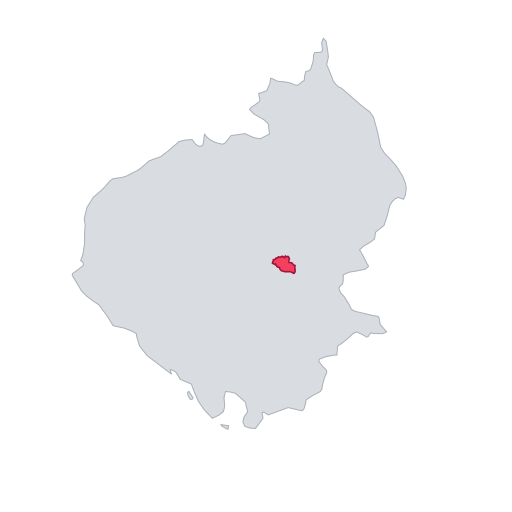 location of Chamkar Leu, Kâmpóng Cham, Cambodia, rotated 331°
{"feature_id": "14789045B22200339041976", "entity_name": "Chamkar Leu", "entity_type": "district", "adm_level": 2, "iso_a3": "KHM", "parent_name": "Cambodia", "parent_adm1": "Kâmpóng Cham", "projection": "robinson", "projection_center": [105.255, 12.251], "detail": "fine", "context": "in_parent", "style": "filled", "palette": "rose", "viewbox_px": 512, "rotation_deg": 331, "n_neighbors": 0, "source": "geoboundaries", "source_scale": "gbopen_adm2", "svg_char_len": 5900}
<svg xmlns="http://www.w3.org/2000/svg" viewBox="0 0 512 512"><g transform="rotate(331 256 256)"><path d="M420.4,98.2L421.4,102.3L418.7,109.9L415.9,116.9L410.5,123.0L410.2,127.4L408.4,140.7L409.1,145.0L410.4,148.6L412.1,150.6L416.8,163.6L421.1,175.5L425.4,185.2L426.1,191.4L422.3,207.0L417.8,221.3L418.2,228.4L420.2,235.6L422.3,245.1L423.0,257.3L421.9,265.3L419.9,270.2L416.0,275.3L412.6,277.9L408.6,273.6L405.3,273.4L401.0,274.7L397.5,276.7L390.6,284.1L382.8,291.3L372.1,293.2L368.0,298.5L363.5,299.3L355.1,299.5L349.5,300.8L349.8,303.5L349.4,316.2L349.5,319.2L348.6,320.0L344.8,320.4L338.3,318.4L329.5,315.3L323.2,314.8L320.0,320.3L318.1,322.5L315.8,322.9L313.3,323.8L312.4,326.3L312.2,329.4L313.5,334.7L313.9,343.1L313.6,348.9L315.9,352.5L329.3,364.7L333.3,367.8L333.7,369.6L331.4,376.2L333.5,385.6L329.3,385.4L322.3,381.4L318.9,378.9L314.8,380.9L313.4,380.5L310.7,375.9L307.1,371.2L303.4,370.9L295.6,372.8L287.6,374.1L284.5,374.1L283.3,374.9L278.7,381.9L276.7,380.7L268.6,378.0L261.3,377.0L259.8,378.8L260.7,384.5L262.3,390.1L261.3,392.4L257.3,395.3L252.0,400.6L248.7,404.7L246.4,405.7L238.3,405.5L230.2,406.1L227.0,409.9L223.9,412.9L221.3,413.8L210.7,404.2L189.7,400.9L187.4,396.7L185.4,395.8L183.5,401.3L171.9,406.6L167.1,403.4L163.6,399.6L164.1,394.8L167.4,391.0L173.2,388.2L175.8,378.6L171.5,366.2L167.7,362.6L163.6,359.7L159.4,364.3L155.8,372.2L152.1,376.3L146.8,377.2L139.1,376.8L136.1,365.1L135.2,355.0L136.3,343.5L137.4,336.7L130.0,327.2L129.6,318.3L126.1,313.7L125.0,316.0L125.1,318.6L124.1,316.7L112.5,290.4L110.5,278.2L112.6,268.8L113.7,265.7L110.4,260.8L105.7,255.1L97.3,247.8L96.7,236.1L94.9,222.4L92.4,217.8L88.6,209.4L86.5,202.3L85.9,183.8L87.0,182.4L92.9,181.8L100.5,180.5L101.7,177.5L100.4,175.0L105.3,170.8L112.3,161.7L117.7,152.1L121.6,146.0L123.9,140.0L131.8,131.5L142.6,125.6L150.0,124.2L157.6,122.2L164.9,119.4L168.4,119.1L177.5,122.5L182.4,123.4L187.6,123.4L192.9,123.7L197.6,123.4L208.8,121.0L220.6,122.9L231.1,121.4L244.2,118.6L250.6,120.4L256.5,123.1L257.3,128.8L258.6,131.3L260.6,133.3L263.2,133.3L266.5,129.4L269.3,125.3L270.2,124.6L270.3,126.6L271.7,131.0L274.2,135.3L276.7,138.2L280.9,142.0L283.7,142.2L292.6,138.6L306.0,143.8L307.6,146.4L311.9,151.8L316.6,155.6L327.0,155.8L330.8,146.4L329.0,140.7L323.0,130.7L321.4,124.8L323.3,123.8L333.3,122.7L335.0,121.5L337.2,115.0L339.9,115.8L345.5,116.6L351.5,112.2L355.0,107.6L356.9,109.7L359.0,112.9L361.2,114.8L365.5,117.6L370.2,121.6L373.1,125.4L375.5,126.9L381.5,125.8L383.1,126.0L386.5,121.3L389.0,118.8L391.0,119.5L394.1,119.4L400.3,113.5L403.9,108.0L405.8,106.5L411.4,109.2L413.7,108.7L416.9,101.2L420.4,98.2ZM132.2,349.6L131.1,350.3L130.0,350.2L128.9,349.2L129.0,344.9L129.8,342.3L131.7,341.8L132.2,349.6ZM149.7,391.2L147.4,394.0L143.6,388.2L143.7,386.5L149.7,391.2Z" fill="#d9dde1" stroke="#a8b0b8" stroke-width="1"/><path d="M281.6,270.3L281.4,270.4L281.4,270.5L281.2,270.5L280.8,270.7L280.8,270.8L280.7,270.8L280.4,270.8L280.2,270.9L280.0,270.7L280.0,270.8L279.9,270.7L279.8,270.8L279.7,270.7L279.6,270.3L279.6,270.2L279.6,269.9L279.6,269.7L279.4,269.6L279.2,269.6L279.0,269.4L278.9,269.4L278.9,269.2L278.8,268.9L278.6,268.9L278.0,268.9L277.8,268.8L277.7,268.9L277.4,268.9L277.2,268.8L276.9,268.7L276.6,268.8L276.4,268.8L276.2,268.8L276.1,268.7L276.0,268.4L275.9,268.3L275.9,268.2L275.7,267.9L275.4,267.7L275.2,267.6L274.9,267.7L274.9,267.8L274.7,267.8L274.4,267.7L274.2,267.8L273.9,268.0L273.7,268.1L273.4,268.0L273.3,267.9L273.2,267.9L272.9,267.7L272.6,267.5L272.4,267.6L272.2,267.6L272.1,267.8L272.0,268.0L271.9,268.0L271.7,268.0L271.4,268.2L271.2,268.2L270.9,268.1L270.7,268.1L270.4,267.9L270.0,267.8L269.9,267.8L269.6,267.9L269.4,267.6L269.2,267.6L269.1,267.8L269.1,268.0L269.2,268.3L269.1,268.5L268.8,268.8L268.7,269.0L268.5,268.9L268.4,269.0L268.2,269.1L267.9,269.2L267.7,269.3L267.6,269.5L267.4,269.7L267.3,269.8L267.2,269.8L266.9,270.0L266.8,270.3L266.9,270.5L267.0,270.6L267.2,270.8L267.3,270.9L267.4,271.0L267.5,271.1L267.6,271.3L267.8,271.4L267.8,271.5L267.9,272.0L268.0,272.1L268.0,272.3L268.3,272.5L268.5,272.6L268.8,272.7L268.8,272.8L269.0,272.8L269.3,272.7L269.3,272.8L269.2,272.9L269.1,273.0L269.1,273.4L269.0,273.8L269.1,274.0L269.3,274.3L269.3,274.5L269.2,274.8L269.1,275.0L269.3,275.4L269.5,276.0L269.6,276.3L269.9,276.5L270.0,276.5L270.2,276.9L270.6,277.1L270.8,277.4L270.9,277.5L271.0,277.6L270.6,278.7L270.6,279.0L270.6,279.3L270.7,279.9L270.8,280.0L270.9,280.5L271.0,280.8L271.0,281.0L271.2,281.5L271.4,281.5L271.6,281.6L271.8,281.7L271.9,281.8L272.1,282.0L272.4,282.5L272.6,282.7L272.9,283.1L273.1,283.3L273.3,283.4L273.4,283.5L273.5,283.6L274.0,284.0L274.5,284.3L274.8,284.5L275.0,284.6L275.4,284.7L275.7,284.8L276.3,285.3L276.6,285.5L276.9,285.5L277.2,285.6L277.4,285.7L277.6,285.9L278.0,286.2L278.2,286.4L278.5,286.5L278.9,286.9L279.1,287.3L279.3,287.6L279.7,288.2L280.0,288.6L280.4,289.1L280.6,289.6L280.8,289.6L281.0,289.6L281.3,289.2L281.6,289.2L281.8,289.0L282.0,289.0L282.5,288.9L282.7,288.6L282.8,288.1L283.0,287.9L283.0,287.7L283.1,287.3L283.2,287.2L283.4,287.1L283.6,287.0L283.6,286.9L283.6,286.7L283.7,286.3L283.7,286.2L283.8,286.1L284.0,285.8L284.1,285.7L284.2,285.3L284.3,285.1L284.6,284.7L284.7,284.4L284.8,284.3L285.3,283.6L285.6,283.2L285.4,283.0L285.2,282.7L284.9,282.6L284.7,282.4L284.6,282.2L284.5,281.9L284.5,281.6L284.5,281.3L284.4,281.0L284.4,280.9L284.3,280.7L284.2,280.5L284.1,280.3L284.1,280.1L284.1,279.6L283.9,279.3L283.7,279.1L283.6,278.9L283.4,278.8L283.1,278.6L282.6,278.3L282.5,278.2L282.3,278.2L282.2,278.1L281.8,277.7L281.7,277.6L281.7,277.4L281.8,277.2L282.1,276.7L282.3,276.3L282.4,276.2L282.6,275.9L282.8,275.6L283.8,274.8L283.8,274.7L283.9,274.4L283.9,274.0L284.0,273.7L284.1,273.4L284.0,272.7L284.0,272.2L283.9,272.0L283.8,271.8L283.6,271.7L283.4,271.8L283.2,271.8L282.9,271.7L282.7,271.6L282.4,271.5L282.3,271.4L282.2,271.1L282.0,270.9L281.9,270.7L281.7,270.6L281.6,270.4L281.6,270.3Z" fill="#f43f5e" stroke="#9f1239" stroke-width="1.5"/></g></svg>